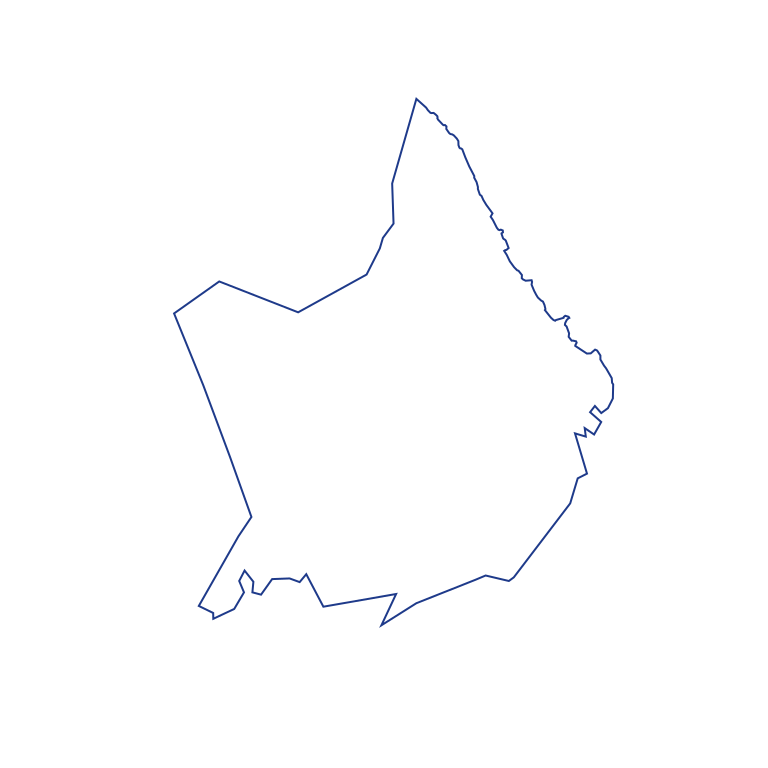 Greenbrier, West Virginia, United States of America (Albers equal-area conic projection), rotated 290°
{"feature_id": "52423323B57989185183638", "entity_name": "Greenbrier", "entity_type": "district", "adm_level": 2, "iso_a3": "USA", "parent_name": "United States of America", "parent_adm1": "West Virginia", "projection": "albers", "projection_center": [-80.27, 37.976], "detail": "fine", "context": "isolated", "style": "outline", "palette": "blue", "viewbox_px": 768, "rotation_deg": 290, "n_neighbors": 0, "source": "geoboundaries", "source_scale": "gbopen_adm2", "svg_char_len": 2122}
<svg xmlns="http://www.w3.org/2000/svg" viewBox="0 0 768 768"><g transform="rotate(290 384 384)"><path d="M112.1,285.9L110.4,301.8L105.0,303.9L121.4,320.2L140.3,323.7L149.4,315.3L161.0,316.8L153.5,328.9L143.2,331.6L144.0,340.5L162.4,345.6L169.0,361.8L169.0,372.5L178.7,376.0L154.0,403.2L190.8,467.2L156.4,464.1L189.1,489.4L231.4,537.0L238.8,545.0L241.6,568.7L246.7,572.1L335.5,599.8L361.6,598.3L369.2,605.4L402.9,580.4L403.6,591.6L411.2,587.7L408.4,598.7L422.6,601.1L428.0,587.3L435.5,589.7L431.0,598.1L437.9,602.7L448.7,604.0L462.0,599.5L463.2,597.9L467.4,596.0L474.7,587.3L476.5,584.5L481.0,579.0L484.8,577.6L487.8,573.6L488.4,572.6L488.5,570.6L483.5,567.8L482.0,564.2L485.2,550.7L485.8,550.5L488.7,550.9L489.8,549.9L489.4,546.7L488.9,545.5L491.5,541.4L494.9,540.6L500.5,535.9L501.4,533.8L503.2,533.4L506.6,533.8L509.1,535.0L509.5,535.5L509.8,535.2L510.3,534.4L510.1,531.0L508.5,530.0L507.6,530.1L502.9,523.7L502.0,523.2L502.1,521.4L503.4,518.2L508.5,509.9L509.5,510.1L509.9,509.9L513.1,507.8L515.8,505.2L516.2,503.0L517.9,499.0L519.9,496.5L522.9,493.2L527.8,488.7L530.6,488.2L532.0,487.2L529.5,481.8L529.8,478.9L530.5,477.3L533.6,476.3L536.4,471.7L536.4,470.2L538.2,466.4L542.3,460.3L547.3,455.2L550.2,451.4L551.2,452.1L551.9,453.2L554.4,454.6L560.4,449.4L560.9,448.5L561.3,446.6L561.8,445.9L565.4,443.0L565.7,442.9L567.2,443.9L568.9,443.1L569.0,441.0L568.1,439.9L568.1,438.7L569.4,436.6L575.4,430.2L577.7,427.0L581.5,427.6L587.3,418.9L590.9,414.4L594.1,411.3L594.7,409.3L599.4,405.5L601.2,404.9L605.3,402.0L605.6,401.7L608.7,398.2L610.3,397.7L617.6,389.7L624.8,382.9L631.3,377.3L631.7,376.0L631.5,374.9L631.9,374.0L633.9,372.3L637.7,370.8L639.5,368.5L641.5,364.6L641.9,362.8L641.6,360.9L642.1,359.4L645.0,355.3L647.4,354.6L648.2,352.7L647.6,351.6L647.7,350.8L650.9,344.4L652.0,343.2L653.0,343.1L653.9,342.5L654.8,340.6L655.7,337.9L654.8,335.9L654.7,334.9L656.3,331.6L658.1,329.1L663.0,316.9L575.2,323.1L538.0,338.1L520.9,333.0L510.0,333.7L480.9,330.2L422.0,278.8L424.0,194.1L378.5,162.6L321.0,214.6L289.0,241.9L262.6,264.4L213.7,304.9L191.1,299.3L112.1,285.9Z" fill="none" stroke="#1e3a8a" stroke-width="2"/></g></svg>